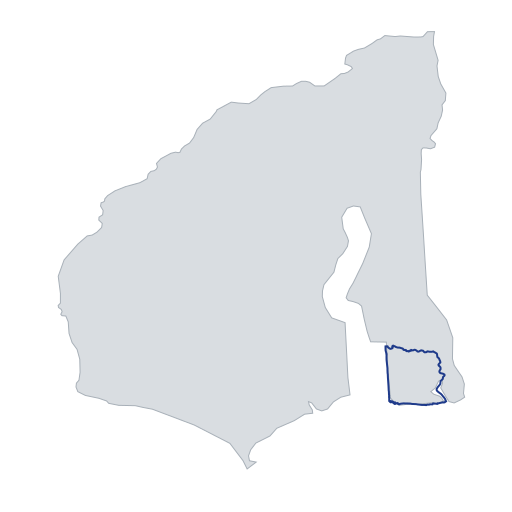 Bignona, Ziguinchor, Senegal shown in context, rotated 266°
{"feature_id": "50182788B19391387689457", "entity_name": "Bignona", "entity_type": "district", "adm_level": 2, "iso_a3": "SEN", "parent_name": "Senegal", "parent_adm1": "Ziguinchor", "projection": "equal_earth", "projection_center": [-16.329, 12.862], "detail": "fine", "context": "in_parent", "style": "outline", "palette": "blue", "viewbox_px": 512, "rotation_deg": 266, "n_neighbors": 0, "source": "geoboundaries", "source_scale": "gbopen_adm2", "svg_char_len": 8184}
<svg xmlns="http://www.w3.org/2000/svg" viewBox="0 0 512 512"><g transform="rotate(266 256 256)"><path d="M404.6,227.3L411.2,242.1L409.8,249.2L408.4,259.6L412.1,267.2L416.4,272.1L419.5,276.6L422.9,282.9L423.5,295.3L423.0,304.3L425.2,308.4L427.1,313.5L426.8,317.8L425.6,321.6L421.5,326.6L420.9,335.9L427.6,347.2L431.9,353.4L431.9,356.9L433.1,360.7L436.3,365.3L438.3,364.2L440.4,360.5L441.3,358.0L447.1,359.1L449.8,360.3L453.6,367.6L455.0,372.6L455.9,378.7L459.8,386.4L463.2,391.9L463.9,395.3L466.9,399.9L465.2,410.1L465.4,415.3L463.4,429.0L463.0,435.5L463.2,437.9L467.8,442.7L467.4,449.7L462.7,448.5L454.6,447.7L438.5,451.3L433.0,449.8L422.4,450.3L414.8,452.3L405.3,456.8L397.8,455.7L393.8,452.1L388.5,452.3L382.5,450.5L376.1,447.0L370.3,445.3L364.0,439.0L361.1,437.8L359.0,439.5L357.3,441.6L355.5,442.9L352.1,441.8L350.8,437.5L351.9,433.3L352.2,430.2L350.6,428.4L346.7,427.9L340.6,427.9L330.6,426.6L328.3,425.8L306.0,424.7L282.9,424.6L263.3,424.5L238.6,424.3L221.2,424.2L205.0,424.1L192.5,432.6L178.9,441.7L160.7,446.6L139.7,444.8L133.0,446.1L126.1,450.1L121.0,453.1L113.7,454.9L104.4,453.4L100.6,454.3L98.2,450.1L95.6,443.4L97.3,438.4L103.0,435.3L111.5,431.1L116.0,433.2L118.6,433.3L119.1,430.7L118.3,429.3L111.8,425.6L108.5,420.9L105.7,423.7L103.3,429.5L101.3,431.3L98.4,432.9L96.7,428.9L96.0,425.1L97.4,422.1L96.7,405.3L97.5,396.4L97.1,388.6L101.1,383.4L105.0,380.2L120.0,379.9L133.9,379.6L147.3,379.8L161.0,380.0L162.4,364.4L166.7,363.2L173.2,361.6L185.2,359.6L198.7,357.8L201.6,354.8L203.8,349.6L205.2,344.9L208.0,343.0L211.7,344.5L216.7,347.0L221.8,350.7L227.7,354.2L231.6,356.4L241.0,361.9L257.0,369.6L270.2,372.7L286.2,367.1L297.7,363.4L299.1,356.7L297.3,350.2L288.7,344.2L277.0,344.9L273.4,346.5L268.0,348.5L264.7,349.3L259.2,347.9L252.2,342.7L247.8,337.5L241.7,335.0L234.4,332.6L222.7,321.8L216.6,319.9L210.9,319.3L199.8,321.5L189.0,327.2L183.3,340.2L172.5,340.0L149.5,339.6L128.4,339.2L110.9,340.1L109.2,330.7L105.1,323.1L98.4,316.7L96.9,310.8L99.2,305.6L105.6,301.3L107.1,298.2L103.7,298.7L98.6,301.4L95.2,301.6L94.8,293.4L89.1,282.7L82.7,264.7L75.5,257.4L69.4,242.8L63.1,237.2L57.2,234.6L52.2,235.2L50.4,241.8L44.2,232.3L52.7,228.8L70.9,216.9L91.7,182.6L110.4,142.0L112.9,132.5L115.1,125.2L116.6,108.7L119.3,98.8L121.8,96.9L125.0,89.4L128.8,76.1L133.1,68.8L137.9,67.3L141.7,68.0L144.4,70.7L152.2,72.4L165.3,73.0L175.3,71.0L182.5,66.5L191.8,64.1L203.4,64.1L209.4,62.1L210.0,58.3L211.5,57.2L214.0,58.7L216.2,58.1L218.4,55.4L220.5,55.2L222.6,57.6L232.3,58.3L249.6,57.3L265.5,64.3L280.3,79.1L287.8,89.0L288.3,94.0L290.8,98.9L295.2,104.0L299.2,104.9L302.8,101.7L305.7,102.1L307.8,105.9L312.0,106.7L316.6,104.4L319.9,105.2L320.5,107.5L321.3,108.7L323.6,109.2L326.6,112.2L330.9,120.0L334.4,131.0L337.2,145.2L340.7,152.8L345.1,154.1L347.7,157.0L348.2,160.4L349.5,162.6L351.6,163.9L355.3,163.2L359.7,167.9L364.4,178.3L365.2,183.0L364.5,185.5L364.7,187.3L367.9,189.1L370.8,192.5L373.3,197.6L378.5,202.1L386.4,206.1L392.2,212.0L395.8,219.9L403.1,226.6L404.6,227.3Z" fill="#d9dde1" stroke="#a8b0b8" stroke-width="1"/><path d="M151.0,405.3L151.4,404.6L151.3,404.4L151.4,404.1L151.1,403.9L150.8,404.0L150.7,403.9L150.8,403.7L151.0,403.5L150.8,402.9L150.8,402.7L150.7,402.3L150.5,402.0L150.4,402.0L150.2,402.1L150.1,401.8L150.1,401.6L150.5,401.4L150.6,400.6L150.5,400.1L150.5,399.9L150.6,399.7L150.7,399.4L150.9,399.3L151.1,399.1L151.3,399.2L151.6,399.1L151.8,398.5L151.9,398.3L151.8,397.9L151.9,397.6L152.0,397.3L152.0,397.0L152.2,396.8L152.2,396.6L152.3,396.5L152.6,396.5L152.7,396.4L152.8,396.4L153.0,396.2L153.3,396.0L153.5,395.8L153.8,394.8L154.0,394.4L154.1,394.1L154.2,393.8L154.3,393.6L154.4,393.4L154.5,393.0L154.6,392.9L154.6,392.7L154.6,392.4L154.7,392.1L154.7,391.5L154.7,391.4L154.8,390.9L154.9,390.6L155.0,390.3L155.1,390.1L155.4,389.4L155.5,389.1L155.8,388.8L155.9,388.7L156.1,388.2L156.3,388.0L156.4,387.9L156.5,387.3L156.5,386.9L156.6,386.6L156.6,386.4L156.9,386.3L156.8,386.1L156.4,386.0L156.3,385.7L155.8,385.6L155.6,385.6L155.2,385.8L155.0,385.6L154.8,385.8L154.5,385.6L154.4,385.3L154.1,384.4L154.0,383.8L154.0,383.6L154.2,383.1L154.4,382.9L154.5,382.8L154.6,382.7L154.7,382.4L155.1,382.0L155.3,381.7L155.8,381.3L155.9,381.2L156.2,380.9L156.4,381.0L156.5,381.0L156.7,380.9L156.7,380.6L156.7,380.4L156.8,379.7L156.7,379.5L156.8,379.4L156.8,379.2L156.8,378.9L155.7,378.8L152.9,378.7L152.1,378.8L149.6,379.3L149.6,379.2L147.9,379.3L146.9,379.2L145.4,379.1L143.3,379.0L134.8,379.3L133.5,379.2L130.0,379.1L128.8,379.2L125.1,379.1L124.1,379.1L122.6,379.1L119.5,379.1L117.9,379.1L117.3,379.1L112.7,379.0L111.6,379.1L108.2,379.0L107.7,379.1L106.1,378.9L105.8,379.0L105.5,378.9L104.8,379.0L104.2,378.9L103.5,378.9L102.7,378.8L102.1,378.8L102.0,379.1L102.0,379.4L102.0,379.5L101.9,379.5L101.7,379.6L101.4,379.3L101.2,379.4L101.1,379.6L101.4,380.1L101.4,380.3L101.2,380.2L100.9,379.9L100.7,380.1L100.6,380.3L100.7,380.8L100.8,380.9L101.0,381.0L101.1,381.3L101.1,381.8L101.2,382.0L101.3,382.0L101.1,382.3L101.0,382.2L100.9,382.0L100.8,381.9L100.6,382.2L100.6,382.4L100.6,382.6L100.7,382.9L100.5,383.1L100.3,383.1L100.2,383.2L99.8,383.0L99.7,382.9L99.6,383.0L99.5,383.4L99.6,383.6L99.9,384.0L100.1,384.3L99.8,384.4L99.7,384.3L99.5,384.2L99.4,383.9L99.3,383.7L99.2,383.7L98.9,383.8L98.8,384.1L98.7,384.2L98.7,384.4L98.8,384.8L99.0,385.0L99.3,385.3L99.5,385.4L99.5,385.5L99.4,385.6L99.2,385.7L99.1,385.8L99.1,386.2L99.3,386.7L99.4,386.9L99.3,387.0L99.2,387.3L98.9,387.6L98.6,387.5L98.3,387.6L98.1,388.2L98.1,388.3L98.2,388.5L98.3,388.8L98.5,389.9L98.6,390.6L98.6,391.1L98.6,391.4L98.6,391.5L98.6,391.8L98.7,392.5L98.6,393.4L98.6,393.8L98.5,394.0L98.4,395.3L98.4,395.9L98.4,396.1L98.3,396.8L98.3,397.1L98.2,397.2L98.2,397.5L98.2,397.8L98.2,398.1L98.1,398.4L98.1,399.1L98.0,399.3L98.0,399.8L97.7,400.7L97.6,401.1L97.4,402.2L97.4,402.7L97.3,403.2L97.2,403.9L97.2,404.4L97.1,404.9L97.0,405.6L96.6,407.1L96.5,407.8L96.4,408.3L96.3,408.8L96.2,409.4L96.0,410.2L96.0,410.7L95.9,410.9L95.7,413.1L95.7,413.3L95.6,414.1L95.5,414.9L95.5,415.1L95.4,415.2L95.4,415.7L95.5,415.9L95.7,416.2L95.7,416.3L95.8,417.2L95.7,417.5L95.6,418.1L95.6,418.4L95.7,418.6L95.9,419.0L95.9,419.4L95.8,420.0L95.8,420.3L95.8,420.6L95.7,421.3L95.7,421.5L95.7,421.8L95.8,421.9L96.1,421.9L96.6,422.4L96.4,423.6L96.2,424.4L96.2,424.5L96.3,424.5L96.2,424.5L96.2,424.9L96.2,425.4L95.9,426.0L95.8,426.3L95.8,426.5L96.0,426.7L96.2,426.8L96.4,427.0L96.3,427.3L96.3,427.5L96.2,427.7L96.3,427.9L96.5,428.8L96.6,429.5L96.8,430.8L96.9,431.8L96.9,432.2L97.0,432.2L97.0,432.5L96.8,432.7L96.8,433.2L96.8,433.7L96.9,434.1L97.1,434.4L97.4,434.7L97.7,434.7L97.8,435.4L99.5,434.9L100.2,434.6L100.8,434.2L101.5,433.9L102.6,433.0L104.4,431.8L105.4,431.0L105.7,430.7L107.1,429.0L107.4,428.7L107.8,428.2L108.9,427.2L109.2,427.0L109.6,426.9L110.0,426.9L110.6,426.9L111.2,427.2L112.3,428.0L112.9,428.5L114.6,430.2L115.4,430.8L115.8,431.0L116.4,431.1L117.8,431.3L118.5,431.6L119.1,432.3L120.0,433.4L120.3,433.7L122.0,434.1L122.3,434.2L122.6,434.5L123.0,435.1L123.5,435.6L123.9,435.8L124.6,435.7L125.4,434.6L125.6,434.0L125.8,433.5L126.2,432.0L126.4,431.7L126.5,431.7L126.8,431.3L127.5,430.9L128.1,430.9L128.7,431.1L129.5,431.6L129.8,431.9L130.2,432.2L131.5,432.3L132.1,432.2L132.3,432.1L132.7,431.8L133.5,431.2L133.6,430.9L133.8,430.7L134.0,430.6L134.7,430.4L135.3,430.7L135.8,431.2L136.0,431.5L136.4,431.8L136.8,432.4L137.0,432.5L137.3,432.5L138.5,432.3L139.1,432.0L140.4,431.6L141.0,431.4L141.6,430.9L142.2,430.2L142.6,429.9L143.7,429.8L145.7,429.7L146.2,429.4L146.6,428.8L147.4,427.7L147.6,427.3L148.1,426.5L148.4,426.3L148.5,426.1L148.2,425.0L148.2,424.8L148.2,424.4L148.2,424.2L148.2,423.9L148.3,423.5L148.3,423.3L148.3,423.0L148.3,422.8L148.3,422.7L148.5,422.1L148.5,421.9L148.6,421.7L148.8,420.9L148.8,420.6L148.9,420.3L148.6,419.8L148.3,419.5L148.2,419.3L148.2,418.9L148.2,418.2L148.1,417.9L148.1,417.7L148.5,417.0L148.9,416.8L149.3,416.4L149.5,416.3L149.8,416.1L150.0,415.6L150.0,415.3L150.1,414.8L150.3,414.6L150.3,414.3L150.3,413.9L150.0,413.2L149.8,412.8L149.8,412.7L149.5,412.2L149.3,411.5L149.3,411.1L149.4,410.7L149.6,410.3L149.8,410.2L150.3,409.7L150.5,409.5L150.8,409.0L151.1,408.6L151.3,408.1L151.4,407.7L151.3,407.1L151.1,406.7L151.0,406.4L150.9,405.9L151.0,405.3Z" fill="none" stroke="#1e3a8a" stroke-width="2"/></g></svg>